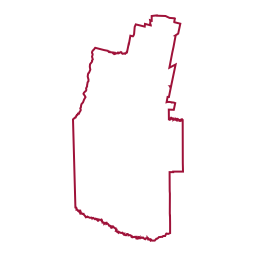 outline of Río Cuarto, Córdoba, Argentina
{"feature_id": "61730980B70788741625134", "entity_name": "Río Cuarto", "entity_type": "district", "adm_level": 2, "iso_a3": "ARG", "parent_name": "Argentina", "parent_adm1": "Córdoba", "projection": "equal_earth", "projection_center": [-64.58, -33.271], "detail": "fine", "context": "isolated", "style": "outline", "palette": "rose", "viewbox_px": 256, "rotation_deg": 0, "n_neighbors": 0, "source": "geoboundaries", "source_scale": "gbopen_adm2", "svg_char_len": 5602}
<svg xmlns="http://www.w3.org/2000/svg" viewBox="0 0 256 256"><path d="M171.1,86.1L175.6,64.5L169.4,67.7L172.3,52.5L173.5,47.0L175.2,37.8L175.6,35.7L175.2,35.6L178.2,33.6L180.3,23.7L174.3,22.2L174.2,22.0L174.9,18.5L174.5,18.3L169.5,17.9L165.5,16.0L156.7,15.7L156.7,15.4L151.7,16.0L151.7,20.9L150.4,20.8L150.4,20.3L150.1,20.2L150.4,21.6L150.1,23.4L150.4,24.2L150.5,24.8L150.8,25.1L150.8,25.4L145.0,23.9L144.7,26.6L135.8,24.4L134.7,26.9L134.1,33.8L133.9,34.6L133.4,35.7L132.9,36.3L130.4,35.7L128.9,44.0L128.7,43.9L127.0,52.2L126.7,52.1L126.6,52.6L125.9,53.2L125.5,53.3L125.3,53.2L124.9,53.3L124.9,53.7L123.8,53.5L122.7,53.8L122.4,53.7L121.8,53.2L121.5,52.4L121.0,52.1L120.8,52.4L119.7,52.6L119.2,53.0L118.9,52.8L118.7,53.0L118.6,52.8L118.3,52.9L117.9,52.6L117.1,53.4L116.1,53.2L115.7,53.6L115.0,53.9L114.9,53.6L114.6,53.7L114.6,53.4L114.3,53.6L114.1,53.2L113.9,53.5L113.7,53.2L113.4,53.5L113.1,53.3L113.1,52.5L109.3,52.1L109.4,51.6L108.2,51.3L107.8,50.8L104.2,50.1L95.2,47.8L94.6,48.5L94.2,49.3L93.5,49.8L92.3,51.3L92.0,52.4L92.1,53.1L92.6,54.0L92.6,54.8L92.0,56.7L92.8,59.4L92.0,60.5L92.1,61.3L91.8,62.0L90.2,64.0L90.0,64.5L89.8,66.8L90.3,69.7L89.2,72.3L88.8,73.0L88.4,73.2L88.0,74.1L87.7,76.6L88.5,79.6L88.4,81.3L87.6,82.3L87.3,84.3L87.1,85.0L87.1,86.3L86.1,88.3L86.3,89.6L86.2,90.3L85.8,91.0L85.1,91.5L84.0,92.7L83.5,93.6L83.6,94.1L84.7,95.6L85.5,97.1L84.1,99.5L83.0,102.4L81.5,104.1L81.1,105.5L80.9,107.3L80.3,108.3L80.7,109.5L80.7,110.3L79.9,111.7L79.5,112.1L79.3,112.8L79.1,113.0L79.0,113.4L78.8,113.3L78.5,113.7L78.0,113.7L78.0,114.1L77.4,114.9L77.2,114.9L77.1,114.7L76.9,114.8L76.7,115.4L76.2,116.0L76.2,116.4L75.8,116.8L75.7,117.4L74.8,117.7L74.6,118.2L74.2,118.3L73.0,119.4L75.4,207.3L75.7,207.3L76.0,207.9L76.3,207.8L76.6,208.4L76.5,208.8L76.5,209.7L77.0,209.6L77.5,210.1L78.0,210.3L77.9,210.5L78.1,211.0L78.5,211.2L79.1,211.7L79.3,211.4L79.5,211.3L79.7,210.9L79.7,210.6L80.1,210.6L80.1,210.9L80.5,211.3L80.4,211.7L80.6,211.9L80.5,212.2L80.1,212.2L80.5,212.7L80.4,213.1L80.2,213.4L80.3,213.7L80.6,213.7L80.8,213.4L81.2,213.6L81.8,213.3L82.5,214.0L83.1,214.1L83.6,213.9L84.2,215.1L85.0,215.8L85.2,216.3L85.9,217.3L86.5,217.0L87.1,217.1L87.4,216.6L89.4,217.6L90.0,217.8L91.5,217.6L91.8,217.8L92.1,218.4L92.3,218.1L93.3,217.9L94.9,219.2L95.4,219.1L95.9,219.2L96.0,218.8L96.6,219.1L97.0,219.0L97.5,219.5L97.2,220.0L98.0,220.8L98.3,220.7L98.4,219.6L98.6,219.4L99.9,219.8L101.2,219.8L101.3,220.5L101.5,220.6L101.8,220.0L102.0,220.3L101.8,220.8L101.9,221.3L102.4,221.8L102.5,222.6L103.7,222.5L103.8,222.6L104.1,223.1L104.2,223.9L104.6,223.6L104.7,223.1L104.9,223.1L105.5,223.5L105.9,223.2L106.0,222.8L106.6,222.7L106.7,222.9L106.6,223.4L106.6,223.8L107.2,223.5L108.1,224.1L108.7,224.8L108.9,225.6L109.4,225.8L110.4,225.8L110.8,226.0L111.0,226.3L110.7,226.9L111.2,227.4L111.3,227.8L111.6,227.8L112.3,227.5L112.4,227.3L112.1,227.2L111.9,226.6L112.2,226.6L112.3,226.4L112.8,226.3L113.0,226.4L113.0,226.7L113.3,226.9L113.4,227.3L114.0,227.4L115.2,228.4L115.7,228.4L115.9,229.3L116.6,229.5L116.7,230.0L116.6,230.4L116.1,230.5L115.9,230.9L116.3,231.0L116.5,231.4L117.5,232.1L117.8,231.7L118.5,231.6L118.7,231.8L118.4,232.0L118.3,232.3L118.6,232.7L118.9,232.3L119.2,232.4L119.4,232.2L121.1,233.0L122.4,232.7L122.7,233.2L122.9,233.2L123.2,233.5L123.3,234.0L123.5,234.2L123.6,233.9L124.0,233.6L124.4,233.6L124.3,234.0L124.6,234.8L125.1,235.1L126.2,235.2L127.0,234.0L127.4,234.0L128.1,234.3L128.4,234.8L128.5,235.3L128.8,235.2L130.0,235.1L130.6,235.6L131.6,235.8L131.8,236.2L131.6,236.9L132.2,237.3L132.4,237.3L132.9,237.0L133.7,237.1L133.9,237.0L134.1,237.1L134.4,236.9L134.8,236.9L135.2,237.0L135.4,236.8L135.8,236.8L135.7,237.2L136.2,237.7L136.3,238.3L136.6,238.3L137.1,238.7L137.3,238.7L137.5,238.5L137.2,238.1L137.3,237.5L137.9,237.2L138.1,236.9L138.6,237.1L138.7,237.3L138.5,237.6L138.7,237.8L139.0,237.6L138.9,237.9L139.0,238.1L139.2,237.9L139.7,238.1L139.9,237.8L140.2,238.1L140.3,238.0L140.3,237.6L141.3,237.8L141.4,237.5L141.7,237.4L142.2,237.6L143.1,237.6L143.2,237.9L143.2,238.1L144.1,238.4L144.3,238.6L144.5,238.9L145.2,239.2L145.7,238.5L145.9,238.6L146.5,238.3L147.1,238.2L147.2,237.7L147.6,238.4L147.6,238.7L148.0,238.9L148.2,239.5L148.6,239.4L148.7,239.5L149.1,239.6L149.1,239.2L149.6,239.7L150.1,239.4L150.4,239.6L150.7,239.3L151.1,239.6L151.0,239.9L151.1,240.2L150.9,240.2L150.9,240.5L151.3,240.3L152.0,240.6L154.7,240.6L156.4,238.7L156.9,238.8L157.9,238.2L158.9,237.1L160.7,237.0L161.1,236.8L162.3,236.9L163.2,236.0L165.1,236.0L166.2,233.7L166.8,233.5L167.4,233.8L168.2,233.9L170.1,233.1L170.1,223.4L170.0,215.5L169.9,215.5L169.8,213.4L169.9,193.6L169.7,191.1L169.6,172.1L173.2,172.1L173.2,171.6L183.0,171.6L182.8,162.9L182.7,122.7L182.7,120.9L182.7,120.0L182.5,119.9L182.1,120.2L181.9,120.1L181.7,120.0L181.7,119.3L181.3,119.4L181.1,120.1L181.3,120.5L181.0,120.7L180.5,120.0L180.2,120.0L179.7,120.9L179.4,120.8L179.6,120.2L179.2,119.9L178.3,119.8L178.2,119.3L178.0,119.1L177.4,119.0L177.3,119.6L177.0,120.3L176.4,119.7L176.4,119.0L176.1,119.1L176.3,119.6L176.1,119.8L175.9,119.7L175.8,119.2L175.7,119.1L175.7,119.8L174.9,119.3L174.4,119.7L174.1,119.7L173.9,119.4L173.5,119.7L173.6,118.8L173.0,118.3L172.7,118.3L172.4,118.8L171.9,118.2L171.1,117.7L170.9,117.9L171.1,118.5L170.8,119.2L170.5,119.2L170.4,118.7L170.2,118.6L169.9,118.8L169.8,119.4L169.9,119.7L169.7,119.8L169.4,119.7L169.1,119.2L168.9,119.2L168.8,109.6L173.8,109.8L175.2,103.1L173.6,102.5L172.6,102.5L172.0,102.3L171.7,102.5L171.4,102.3L169.5,101.9L168.7,102.0L168.0,101.8L166.6,102.2L167.6,96.9L168.9,97.0L170.8,87.6L170.6,87.5L170.3,87.1L170.7,86.7L170.1,86.2L171.1,86.1Z" fill="none" stroke="#9f1239" stroke-width="2"/></svg>